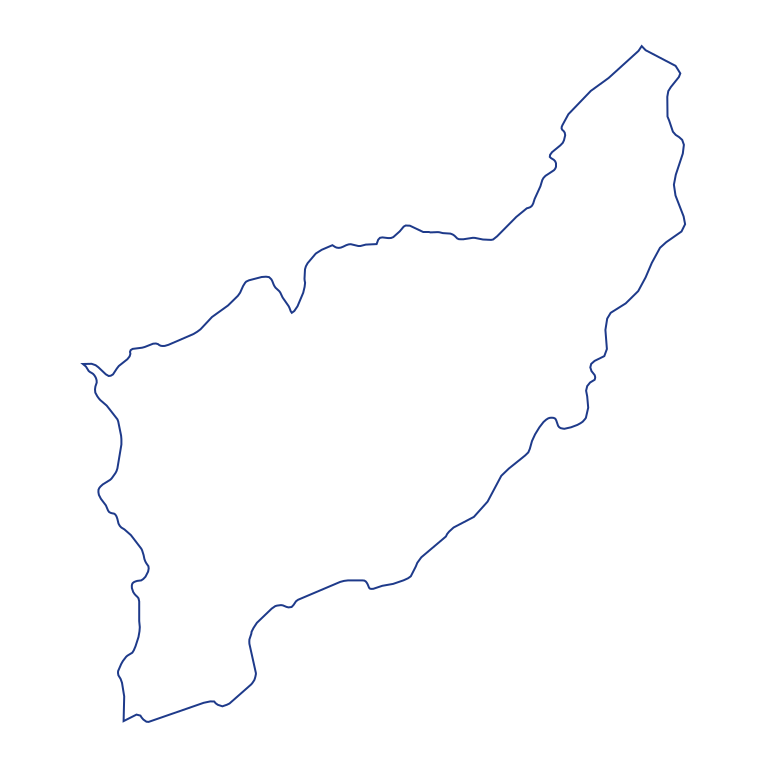 the border of Uttaradit
{"feature_id": "THA-398", "entity_name": "Uttaradit", "entity_type": "Province", "adm_level": 1, "iso_a3": "THA", "parent_name": "Thailand", "parent_adm1": "", "projection": "natural_earth1", "projection_center": [100.438, 17.768], "detail": "fine", "context": "isolated", "style": "outline", "palette": "blue", "viewbox_px": 768, "rotation_deg": 0, "n_neighbors": 0, "source": "natural_earth", "source_scale": "10m", "svg_char_len": 4616}
<svg xmlns="http://www.w3.org/2000/svg" viewBox="0 0 768 768"><path d="M641.7,46.1L645.6,50.2L675.6,65.9L680.3,73.4L678.9,77.0L670.8,87.1L668.3,91.1L667.3,96.8L667.5,116.6L669.1,120.4L672.9,131.7L675.7,134.9L679.1,137.1L682.2,139.9L683.9,144.8L682.8,153.6L675.8,174.7L673.9,184.7L675.5,195.5L683.6,216.4L685.1,224.2L681.5,231.5L666.2,242.2L660.0,247.8L651.8,262.9L645.6,277.4L638.2,291.1L625.7,303.4L610.7,312.8L607.2,318.6L605.4,329.9L606.9,349.0L604.3,356.1L594.6,360.9L591.2,363.9L590.3,367.4L591.5,371.1L594.6,375.0L595.0,376.2L595.2,377.4L595.0,378.6L594.6,379.8L590.1,382.5L587.2,386.1L586.1,390.7L587.2,396.4L588.2,407.7L585.9,417.8L585.0,419.1L582.7,421.7L580.5,423.2L577.4,424.9L571.0,427.3L564.3,428.8L562.4,428.5L560.6,428.1L559.2,427.2L558.1,425.8L556.2,420.3L555.3,418.7L553.7,417.9L551.9,417.7L550.0,417.8L548.3,418.3L546.1,419.7L543.5,422.0L539.4,427.3L535.1,434.3L532.0,441.0L529.8,448.9L528.3,452.4L525.1,455.5L508.9,468.5L501.3,475.8L487.6,501.6L473.9,516.9L453.6,527.5L449.1,531.6L447.3,533.8L447.2,533.9L445.9,536.5L421.3,557.3L417.3,562.8L415.8,566.5L410.8,576.3L408.0,578.3L403.6,580.3L393.1,583.9L382.3,585.8L373.3,588.8L371.1,588.9L369.7,588.5L369.0,587.6L367.7,584.4L366.8,582.8L365.8,581.5L364.4,580.6L362.5,580.4L348.0,580.4L344.0,580.9L340.2,581.9L298.0,599.8L296.0,601.3L293.5,605.0L291.6,607.0L288.5,607.4L286.5,606.9L282.9,605.4L281.0,605.1L277.1,605.6L275.3,606.1L271.7,608.6L256.9,622.8L253.6,627.8L251.6,631.7L251.3,633.8L249.4,639.5L249.3,641.6L249.4,643.8L255.9,673.1L255.9,673.6L255.9,674.1L255.4,676.6L254.9,678.4L254.3,680.1L252.3,683.1L251.2,684.4L229.5,703.5L226.8,704.8L222.4,706.3L217.8,704.8L215.7,703.3L214.2,701.5L210.3,701.4L203.7,702.8L148.6,721.9L146.4,721.7L143.3,719.5L141.6,717.5L140.4,715.6L136.5,714.6L123.6,721.1L124.2,696.4L122.0,682.8L120.6,678.9L118.4,675.3L118.0,673.0L118.1,671.1L121.2,664.0L122.9,661.0L126.2,656.7L127.5,655.6L132.3,652.7L133.8,650.3L135.5,646.3L138.5,637.0L139.5,631.2L139.8,627.1L139.2,621.1L139.2,601.5L138.5,598.3L137.3,596.8L136.0,595.6L134.6,594.1L133.2,592.0L131.9,588.1L131.8,585.8L132.1,584.2L132.7,583.1L133.8,582.2L135.3,581.5L137.2,580.9L141.2,580.4L143.3,579.0L145.5,576.7L148.1,571.6L148.7,568.5L148.4,566.2L146.4,563.4L145.3,561.4L144.4,559.0L143.6,555.1L142.1,550.3L141.3,548.7L130.9,535.1L124.4,529.4L121.3,527.5L119.8,525.9L118.5,523.6L117.4,519.0L116.5,516.4L115.3,514.5L114.0,513.6L112.2,513.3L110.5,512.8L109.0,511.9L108.0,510.4L105.9,505.4L100.9,498.8L98.9,494.9L98.4,492.1L98.5,489.7L99.3,488.0L100.4,486.6L102.8,484.4L110.2,479.8L111.4,478.7L112.4,477.4L115.5,473.0L116.5,471.1L117.4,468.4L121.4,444.5L121.4,439.2L121.1,435.7L118.2,421.4L117.4,419.3L106.7,405.6L100.3,400.1L98.9,398.5L97.3,396.3L95.3,392.6L95.0,389.4L95.4,386.5L96.7,382.6L96.6,380.3L96.0,378.2L95.2,376.6L94.2,375.1L93.1,373.9L91.6,372.9L90.1,372.1L88.7,371.0L85.9,366.5L82.9,364.0L91.6,363.8L95.6,365.2L98.4,367.3L105.8,374.3L108.7,376.0L110.8,375.7L113.0,374.4L116.8,368.6L118.8,366.0L127.4,359.2L129.6,356.4L130.4,353.8L130.0,351.9L130.7,350.1L132.6,348.9L142.1,347.7L144.7,347.0L153.1,343.7L155.9,343.5L158.0,344.1L159.3,345.1L160.9,345.8L162.8,346.0L164.8,345.9L168.5,344.8L193.5,334.0L197.3,331.7L200.5,329.3L212.0,317.0L228.0,305.5L237.9,295.8L240.1,292.7L243.1,286.0L245.1,282.8L246.2,281.6L249.0,280.3L261.7,277.0L266.0,276.7L269.0,277.1L270.3,278.3L271.4,279.4L272.3,281.1L273.7,284.7L274.6,286.4L275.6,287.8L279.3,291.2L280.3,292.6L282.6,297.5L288.6,306.1L289.4,307.7L290.8,311.4L291.8,312.8L294.3,311.0L297.5,306.3L303.2,292.8L304.6,286.9L305.1,282.7L304.7,280.9L304.5,278.8L305.0,269.3L305.9,266.3L307.6,263.2L315.3,254.1L316.0,253.4L321.7,249.8L332.4,245.2L335.2,247.0L336.6,247.6L338.7,247.9L340.8,247.6L343.1,246.7L346.2,245.2L348.6,244.4L350.8,244.2L358.3,246.0L360.4,246.0L365.8,244.6L376.6,244.1L378.2,239.7L380.0,237.8L382.4,237.4L388.3,238.1L391.0,238.0L393.3,237.1L399.7,231.4L403.7,226.6L405.7,225.5L409.9,225.7L423.2,232.0L428.9,232.0L430.5,232.4L437.9,232.1L439.6,232.3L442.8,233.1L450.4,233.6L452.0,234.2L453.4,234.9L454.8,236.0L457.3,238.5L459.0,239.2L463.1,239.3L472.9,237.8L474.9,237.9L482.9,239.5L491.1,239.9L493.1,239.5L497.1,236.3L516.4,216.8L526.8,208.3L528.6,207.8L530.4,207.1L532.0,205.7L533.2,203.5L534.6,199.0L540.4,186.3L542.3,180.0L543.5,177.9L545.5,175.8L554.0,170.2L555.2,168.7L556.0,166.8L556.0,163.3L555.2,161.3L553.8,159.8L551.0,158.1L549.8,156.9L550.1,154.8L552.1,152.1L560.4,145.3L562.8,142.8L564.0,140.2L565.2,135.2L564.7,132.6L563.6,131.0L562.4,130.0L561.6,128.6L561.7,126.9L562.4,125.2L568.4,114.2L590.8,90.9L608.6,78.0L638.5,50.9L641.7,46.1Z" fill="none" stroke="#1e3a8a" stroke-width="2"/></svg>